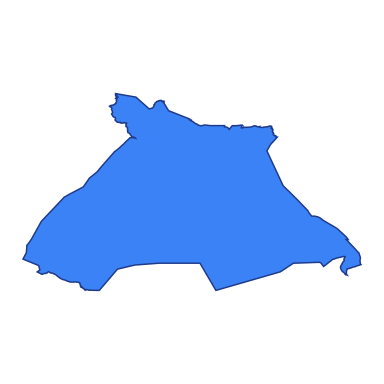 Alvdal nor, Hedmark, Norway (Natural Earth projection)
{"feature_id": "86288312B34159000507118", "entity_name": "Alvdal nor", "entity_type": "district", "adm_level": 2, "iso_a3": "NOR", "parent_name": "Norway", "parent_adm1": "Hedmark", "projection": "natural_earth1", "projection_center": [10.555, 62.097], "detail": "fine", "context": "isolated", "style": "filled", "palette": "blue", "viewbox_px": 384, "rotation_deg": 0, "n_neighbors": 0, "source": "geoboundaries", "source_scale": "gbopen_adm2", "svg_char_len": 5795}
<svg xmlns="http://www.w3.org/2000/svg" viewBox="0 0 384 384"><path d="M159.1,263.2L200.0,263.2L215.9,290.4L280.4,271.8L293.4,263.2L319.5,262.3L321.4,263.3L321.8,264.2L322.4,264.8L323.6,266.5L331.7,260.2L332.6,259.4L334.4,259.0L336.2,258.2L343.8,256.4L344.3,256.5L345.1,256.7L345.0,257.4L344.4,257.9L344.2,258.4L344.0,259.1L344.0,259.7L344.3,260.3L344.2,260.8L343.2,261.6L340.8,266.0L340.5,267.0L340.6,268.3L341.2,269.7L342.4,271.6L343.4,272.1L344.0,272.6L344.8,273.8L345.8,274.9L346.6,274.7L347.0,274.9L346.5,274.1L346.4,273.3L346.4,272.7L346.4,272.4L346.6,270.6L347.3,269.1L347.2,268.8L349.0,268.5L351.9,267.6L352.8,267.1L355.1,266.7L356.8,265.9L359.3,265.2L361.0,264.6L360.4,263.8L359.9,260.4L360.1,260.1L360.3,258.4L360.4,257.9L360.2,256.9L358.8,252.7L357.5,251.7L356.5,250.4L346.5,239.8L346.3,239.6L348.2,239.6L346.1,236.8L337.4,228.8L336.4,228.1L322.3,219.8L322.0,219.2L320.6,218.5L320.1,217.9L317.9,216.9L315.0,216.2L313.9,216.1L312.6,216.2L312.1,216.1L311.7,216.1L309.1,213.0L307.8,210.6L296.8,199.2L283.1,185.7L266.9,150.9L270.4,144.7L277.3,137.1L275.9,136.9L276.0,136.6L275.5,136.4L275.1,136.1L275.0,135.9L275.3,135.6L274.5,135.5L274.0,135.3L274.0,135.1L273.9,135.0L273.2,134.6L273.2,134.4L273.5,134.1L273.4,133.9L273.6,133.8L273.6,133.5L273.7,133.3L273.1,132.5L272.6,132.4L272.5,132.2L272.4,131.9L272.5,131.8L272.4,131.6L272.6,131.3L272.5,130.9L272.9,130.6L272.8,130.2L272.9,129.7L272.6,129.5L272.6,129.2L272.2,129.1L272.1,128.9L271.4,128.5L271.6,128.2L271.4,128.1L271.5,128.0L271.4,127.8L271.3,127.6L271.3,127.4L271.4,127.0L271.6,127.1L271.4,126.7L271.6,126.5L271.4,126.3L271.2,126.2L270.9,126.4L270.7,126.3L270.7,126.1L269.2,126.0L267.9,126.7L266.1,126.9L265.7,127.1L265.1,126.9L264.0,127.3L263.4,127.1L262.5,127.6L260.6,127.2L260.1,127.3L259.9,127.1L259.1,127.0L259.0,126.8L259.2,126.6L257.6,126.8L256.3,126.2L256.0,125.9L255.3,125.9L254.9,126.2L254.6,126.1L254.5,125.9L254.1,125.8L252.9,126.3L252.4,126.6L250.8,126.9L249.9,127.2L248.3,127.1L247.0,127.3L245.6,127.3L243.5,127.0L242.9,128.0L241.8,127.6L241.7,127.7L241.3,127.7L241.4,127.1L241.8,126.4L242.1,125.2L242.3,125.2L242.2,125.1L240.0,125.2L239.3,125.4L236.2,125.7L232.3,125.7L232.0,126.0L229.1,129.4L228.3,128.2L227.4,127.4L226.1,127.0L224.5,126.9L224.6,125.6L210.2,125.6L206.0,125.1L204.5,125.0L203.6,125.2L202.0,125.6L201.5,125.9L201.2,125.9L199.6,125.4L198.3,125.2L198.0,124.9L197.8,124.6L197.3,124.4L197.2,124.2L196.8,124.1L196.5,123.9L196.2,123.9L195.5,123.5L194.9,123.4L194.1,122.5L193.5,122.1L193.1,121.7L192.7,121.6L192.4,121.4L191.7,121.2L191.7,120.9L190.8,120.5L191.4,120.3L191.4,120.1L190.9,120.0L190.6,120.3L190.2,120.3L190.2,119.8L189.9,119.5L188.9,119.0L189.1,118.8L168.6,110.7L163.8,102.9L163.8,102.4L164.1,102.1L163.8,101.9L163.7,101.7L164.0,101.3L163.2,101.1L163.0,101.4L162.9,101.6L162.3,101.8L162.0,101.6L162.0,101.1L162.0,100.9L161.2,100.7L161.4,100.6L161.3,100.4L160.7,100.4L159.1,100.6L158.9,100.7L158.8,100.9L158.6,100.8L157.9,101.1L157.9,101.4L156.7,101.6L156.3,102.2L155.5,102.6L155.0,103.2L154.8,103.8L154.8,104.1L154.6,104.2L154.5,104.5L154.0,104.7L153.9,105.0L153.9,105.8L153.6,106.5L153.5,106.8L152.9,107.6L152.4,108.0L150.6,108.5L149.3,109.0L135.9,97.1L115.6,93.6L115.7,94.0L116.6,94.1L116.6,94.4L116.5,94.6L116.2,94.8L116.2,95.0L115.9,95.0L115.8,94.9L115.6,94.9L115.7,95.2L115.7,95.6L116.2,95.7L115.9,95.9L116.2,96.1L116.8,96.4L116.7,96.5L117.6,96.8L117.9,97.1L116.1,97.6L116.2,98.1L115.8,98.4L116.0,98.5L116.2,98.4L116.6,98.4L117.0,98.8L116.5,99.2L116.5,99.5L116.3,99.8L116.5,99.9L116.5,100.3L116.5,101.2L116.6,101.5L116.4,102.1L115.9,102.6L115.7,103.1L115.9,103.6L115.6,103.8L114.8,104.0L114.1,104.6L113.0,105.0L112.7,105.4L111.6,105.3L110.7,105.5L109.5,106.2L110.0,106.8L111.0,106.9L111.9,108.2L111.8,108.6L111.5,109.0L111.5,109.3L112.1,110.5L112.2,111.0L112.4,111.7L112.7,112.2L112.4,112.7L112.3,113.1L111.8,113.6L111.6,114.1L112.2,114.9L112.6,115.8L113.4,116.9L115.3,117.6L115.5,118.4L115.0,119.9L115.5,120.5L115.8,121.0L116.8,121.5L116.9,122.0L117.5,122.2L118.2,122.3L119.4,122.5L119.7,122.5L120.1,122.3L120.4,122.3L120.7,122.5L120.5,122.8L121.0,123.1L122.9,123.1L123.5,122.6L123.8,122.5L124.0,122.8L124.6,122.7L125.1,123.0L126.0,122.8L126.6,123.0L126.5,123.6L126.0,124.2L125.9,124.5L125.9,125.0L126.2,125.6L125.9,126.4L126.1,126.7L127.3,127.2L127.6,127.6L127.6,128.0L127.4,128.9L127.4,129.3L127.9,130.1L127.9,130.3L127.6,130.6L127.5,130.9L127.8,131.7L127.8,132.3L128.1,132.7L128.5,132.9L129.6,133.3L130.0,133.9L130.1,134.5L130.3,134.8L131.2,135.4L131.8,136.6L132.3,136.9L133.9,137.2L134.7,137.6L135.2,137.8L135.5,138.2L133.4,137.6L132.2,137.7L130.4,137.5L130.0,137.7L129.3,138.5L125.9,141.6L125.3,142.3L124.8,142.7L124.0,143.7L121.6,145.7L120.7,146.7L118.3,148.8L117.3,149.7L114.6,151.6L101.0,167.1L97.2,171.8L89.5,178.0L83.3,186.9L70.2,193.8L64.2,197.2L41.3,221.4L31.5,239.1L28.1,243.9L26.8,245.4L26.8,247.3L26.3,252.8L23.0,259.1L38.6,265.5L39.9,269.9L37.2,271.9L41.7,274.2L42.2,274.3L42.3,274.1L42.9,274.0L44.0,273.5L45.4,273.5L46.2,273.1L47.0,272.9L47.4,272.8L48.1,271.8L48.3,271.7L49.3,272.0L50.2,272.8L50.5,273.0L52.7,273.1L53.2,273.6L53.7,273.7L54.3,274.1L55.5,274.5L57.6,276.3L57.8,276.6L58.1,276.8L58.7,277.0L59.9,278.1L62.4,279.4L63.1,279.6L65.4,280.2L66.9,281.0L70.1,282.0L73.2,282.1L75.9,281.9L76.6,282.2L77.4,282.0L78.3,282.2L78.9,282.5L79.4,282.6L79.8,282.9L79.7,283.4L79.9,283.7L80.2,284.3L80.1,284.5L80.2,285.1L80.6,285.3L80.7,285.7L80.6,286.1L81.2,286.2L81.4,286.5L81.1,286.9L81.0,287.2L82.0,287.6L82.5,287.5L82.7,288.0L83.1,288.0L83.4,288.5L84.2,288.8L84.2,289.1L84.5,289.2L84.5,289.6L84.8,290.0L85.1,290.2L85.8,290.0L85.7,289.9L86.0,289.9L86.2,289.7L86.6,289.5L88.0,289.8L88.1,290.0L88.4,290.0L88.8,290.2L89.4,290.3L89.7,290.1L90.1,290.3L91.9,290.1L92.6,290.3L99.3,290.4L117.5,269.1L135.0,265.0L159.1,263.2Z" fill="#3b82f6" stroke="#1e3a8a" stroke-width="1.5"/></svg>